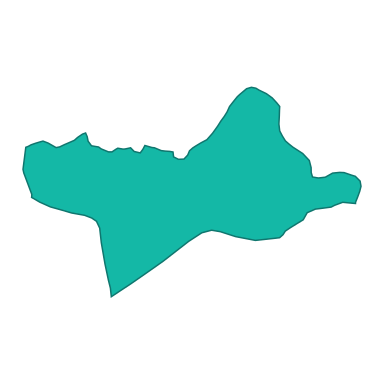 SVG path tracing the border of Ash Shati'
{"feature_id": "LBY-2967", "entity_name": "Ash Shati'", "entity_type": "Municipality", "adm_level": 1, "iso_a3": "LBY", "parent_name": "Libya", "parent_adm1": "", "projection": "mercator", "projection_center": [12.752, 27.893], "detail": "fine", "context": "isolated", "style": "filled", "palette": "teal", "viewbox_px": 384, "rotation_deg": 0, "n_neighbors": 0, "source": "natural_earth", "source_scale": "10m", "svg_char_len": 1721}
<svg xmlns="http://www.w3.org/2000/svg" viewBox="0 0 384 384"><path d="M31.6,197.4L31.7,196.9L31.8,194.4L23.8,173.0L23.0,169.3L25.8,147.3L28.2,146.4L31.1,144.8L35.4,143.3L40.4,141.8L43.0,141.1L48.2,143.1L56.1,147.6L59.7,146.9L64.5,144.6L69.4,142.5L74.4,140.3L77.4,137.6L78.5,136.8L82.5,134.1L85.6,133.0L87.2,136.7L88.1,141.2L91.5,145.8L98.6,147.0L101.2,148.9L108.5,151.9L112.0,151.9L115.7,149.4L117.8,148.2L123.0,149.1L125.0,149.0L130.6,147.8L134.2,151.5L140.2,152.9L142.1,150.4L143.1,148.9L144.9,145.5L151.9,147.5L154.5,147.8L161.2,150.6L165.2,151.1L169.7,151.4L173.0,152.0L173.6,156.9L178.4,159.3L183.9,159.1L187.7,155.1L189.5,150.8L192.8,147.9L195.9,145.9L200.7,143.0L206.9,139.7L212.6,133.2L217.7,126.1L220.9,121.0L224.3,116.4L227.1,111.9L229.6,106.4L234.1,100.7L237.5,96.5L240.5,93.8L246.6,88.7L251.4,87.3L255.9,88.2L259.2,90.2L266.4,93.7L272.2,97.9L276.8,102.9L279.7,106.5L279.5,110.0L279.3,116.3L278.9,124.0L279.7,130.9L282.3,135.9L285.4,140.9L288.7,143.8L292.8,147.1L302.7,153.5L309.3,160.5L311.1,167.6L311.2,172.5L312.5,177.0L318.4,178.0L325.3,177.2L332.6,173.1L339.6,172.4L344.1,172.6L351.4,175.1L355.3,176.3L360.1,181.1L361.0,186.3L359.7,191.4L357.5,197.4L355.6,202.1L355.5,203.5L342.7,202.3L334.6,205.3L331.1,207.1L321.2,208.4L315.4,209.1L307.2,212.7L303.2,219.8L296.3,224.0L290.5,227.6L285.3,231.1L283.0,234.7L279.6,237.7L273.8,238.4L255.4,240.4L235.6,236.6L220.4,231.7L211.6,230.2L201.8,232.8L188.6,241.4L177.8,249.8L163.0,261.3L146.5,272.9L131.7,283.2L118.7,291.8L111.3,296.7L110.4,288.1L108.4,280.1L105.0,264.0L102.8,251.3L101.3,242.6L99.7,228.1L96.5,221.3L91.7,218.0L84.6,215.3L71.7,213.0L61.1,209.9L50.4,206.9L39.7,202.1L31.8,197.5L31.6,197.4Z" fill="#14b8a6" stroke="#0f766e" stroke-width="1.5"/></svg>